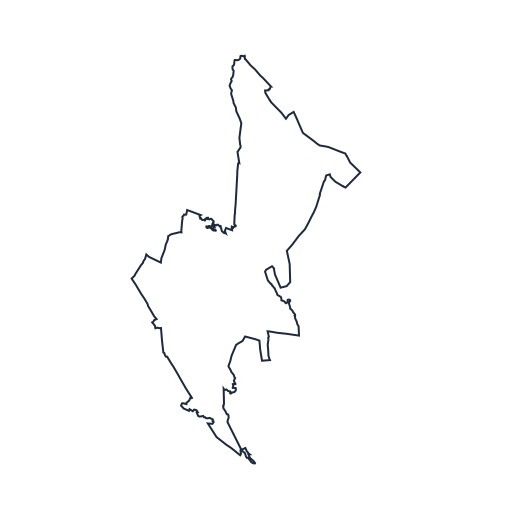 Stoļerovas pag., Rezeknes, Latvia, rotated 66°
{"feature_id": "27541924B84772624476590", "entity_name": "Stoļerovas pag.", "entity_type": "district", "adm_level": 2, "iso_a3": "LVA", "parent_name": "Latvia", "parent_adm1": "Rezeknes", "projection": "equal_earth", "projection_center": [27.572, 56.418], "detail": "fine", "context": "isolated", "style": "outline", "palette": "slate", "viewbox_px": 512, "rotation_deg": 66, "n_neighbors": 0, "source": "geoboundaries", "source_scale": "gbopen_adm2", "svg_char_len": 6101}
<svg xmlns="http://www.w3.org/2000/svg" viewBox="0 0 512 512"><g transform="rotate(66 256 256)"><path d="M222.1,126.7L208.9,132.0L202.1,132.3L201.8,132.3L201.7,132.5L198.7,132.7L195.6,136.0L185.7,145.7L185.7,145.8L184.6,147.3L180.9,152.9L178.0,154.7L174.9,156.2L162.6,163.1L145.1,162.9L139.7,163.0L140.5,168.9L142.8,172.8L135.3,174.6L122.1,179.5L119.7,179.9L119.8,180.0L110.8,181.1L108.5,180.4L109.7,177.2L108.9,176.6L109.2,175.6L107.1,173.6L107.2,173.4L96.5,177.1L92.6,178.8L85.4,180.9L79.7,183.4L71.4,185.7L71.4,185.9L70.0,185.7L69.4,185.1L68.5,184.9L68.4,186.1L67.1,188.0L67.0,188.7L67.2,189.0L69.0,189.9L69.5,190.8L69.8,192.2L69.5,193.7L68.6,194.9L68.3,195.7L68.9,196.3L71.3,197.6L72.4,198.4L72.7,198.8L73.0,200.1L73.2,200.4L75.7,201.4L77.8,201.1L81.5,203.3L82.8,204.4L83.9,206.5L84.6,207.0L86.1,207.0L86.4,207.2L87.7,209.0L89.8,210.9L93.3,211.0L94.5,210.6L95.3,210.9L97.1,212.4L97.9,212.8L104.9,213.6L107.4,214.3L111.9,214.0L115.9,215.1L123.9,215.0L128.7,215.4L141.3,223.1L147.9,225.2L148.7,225.2L149.9,225.6L150.6,226.1L151.0,226.6L151.3,227.5L151.8,228.0L153.4,230.6L164.1,233.4L163.8,233.6L164.1,234.6L170.6,238.4L174.2,240.1L200.3,253.5L205.1,256.2L208.6,257.9L209.8,258.8L218.0,262.9L218.4,262.6L219.2,262.6L219.9,262.2L220.3,262.2L220.5,262.5L220.5,263.1L220.2,264.3L220.5,264.3L220.9,265.2L220.3,265.2L220.2,265.4L220.4,265.6L220.1,265.8L220.0,266.1L219.4,266.3L219.5,266.4L222.7,267.4L218.2,272.0L220.4,274.2L222.8,274.4L221.6,275.0L221.3,275.6L221.9,275.8L221.5,276.2L220.7,276.4L219.6,277.0L218.5,277.0L216.6,276.5L215.2,276.8L214.9,276.6L214.6,276.1L214.3,276.1L213.9,276.6L213.6,277.3L212.0,278.0L211.6,278.8L211.9,279.9L211.8,280.3L211.1,280.6L210.4,281.4L210.2,281.7L211.7,282.5L212.9,282.2L213.0,283.1L214.2,284.1L215.4,283.9L215.6,283.2L215.5,282.4L216.6,282.4L217.2,282.6L215.9,282.7L215.7,283.0L215.7,284.1L215.1,284.7L214.0,285.3L213.0,285.1L212.8,285.6L211.3,286.6L210.9,287.2L210.6,289.2L210.0,289.5L209.0,289.5L208.8,289.3L209.4,288.7L209.4,287.1L209.6,286.5L210.9,284.8L211.1,284.4L211.0,283.7L210.6,283.4L209.7,283.3L209.3,283.1L208.0,281.6L208.3,281.3L207.7,280.8L206.8,280.6L205.8,281.1L204.3,281.5L203.8,281.8L203.5,282.6L203.7,283.4L203.3,284.0L202.7,284.3L201.5,284.3L201.4,284.8L201.2,285.1L201.1,285.5L201.3,285.8L202.0,286.0L201.5,286.6L201.3,287.1L201.7,287.6L202.4,287.7L202.8,288.1L202.8,288.3L201.9,288.8L201.3,290.2L201.0,290.6L198.8,291.0L198.7,291.2L199.3,291.5L199.1,291.8L198.2,291.3L197.3,291.5L196.3,291.3L196.2,291.1L196.1,289.9L186.0,300.2L189.8,302.9L188.9,304.9L189.7,305.6L189.9,306.9L190.5,307.5L191.8,307.7L193.6,309.0L200.8,313.0L202.7,314.0L204.1,314.5L203.5,315.4L203.2,316.2L201.7,324.3L201.7,325.3L202.2,327.9L202.2,328.2L203.8,329.0L205.4,330.3L205.5,330.2L208.9,333.8L213.4,337.1L219.5,343.3L223.3,345.6L213.3,354.1L210.0,355.6L213.5,358.5L215.0,361.0L216.4,362.2L217.6,364.8L223.5,373.7L224.6,374.9L226.0,378.8L233.6,377.5L243.2,376.4L249.6,375.3L255.6,374.6L257.7,374.9L269.9,373.5L273.2,372.5L273.2,375.1L274.3,376.6L274.4,377.8L278.5,376.7L281.1,377.3L281.3,375.4L282.5,373.8L283.2,372.1L294.8,376.2L306.5,379.9L307.3,379.2L309.6,379.5L311.1,379.3L311.7,378.8L311.9,378.1L320.1,377.1L322.5,376.6L333.3,375.4L336.9,375.1L348.5,373.9L360.5,372.1L358.4,373.1L360.9,375.9L361.8,379.1L363.0,379.8L361.2,382.0L360.5,383.4L361.6,384.8L362.3,385.3L365.9,384.1L370.2,380.2L368.9,379.0L372.1,376.9L371.2,374.9L372.4,373.3L373.1,373.0L375.0,372.7L374.8,373.8L378.5,373.9L379.6,373.1L380.3,371.2L380.6,369.3L382.2,369.1L382.8,367.9L384.0,367.5L384.7,365.8L385.0,364.3L387.7,361.9L389.1,362.8L389.7,362.1L390.7,362.5L391.6,364.1L389.4,368.1L405.4,365.7L416.5,359.8L420.7,357.1L423.7,355.5L431.6,351.5L431.1,350.7L430.5,350.2L428.6,349.6L427.7,349.5L427.1,349.1L427.1,348.9L427.8,348.2L431.6,346.3L432.4,346.3L433.2,346.5L435.1,346.7L436.8,346.3L437.0,345.7L437.5,345.2L438.5,345.1L440.1,344.5L441.6,344.4L442.3,344.2L442.9,343.9L444.6,342.4L444.7,341.8L445.0,341.3L444.8,341.1L442.2,341.7L439.0,343.2L437.7,343.6L435.8,343.8L435.2,343.5L434.3,343.6L434.7,342.4L433.8,342.9L430.2,343.9L427.1,343.8L427.1,348.2L396.1,349.6L395.5,349.1L394.8,348.9L392.7,346.8L390.2,345.9L389.3,346.0L388.9,346.5L388.9,346.8L388.1,347.1L385.3,347.1L382.0,347.7L380.7,347.3L380.3,347.4L379.9,347.1L379.8,346.8L379.2,346.6L378.9,346.4L378.9,346.0L377.9,345.3L364.0,339.5L365.0,339.3L365.5,339.0L365.9,338.3L365.8,337.5L366.0,337.2L367.8,336.5L368.9,335.4L369.0,334.8L369.2,334.6L369.6,334.5L370.8,335.4L371.2,335.3L371.4,335.1L371.1,333.0L371.2,332.3L371.5,331.2L370.7,329.3L370.2,329.0L368.6,328.2L368.4,328.3L367.4,330.0L367.2,330.8L366.9,330.9L366.1,330.1L365.0,329.4L363.6,329.3L363.6,329.2L363.8,328.5L364.5,327.3L364.7,327.0L364.6,326.8L363.8,326.8L363.0,327.0L361.0,327.0L359.0,324.7L358.2,325.0L355.5,324.7L351.8,325.7L349.5,325.6L346.7,326.0L345.4,326.0L341.6,322.3L337.2,318.9L329.1,310.3L328.6,307.4L328.2,302.9L325.1,298.7L331.7,290.5L334.7,287.3L343.1,290.2L354.1,293.1L356.8,285.6L354.4,285.5L351.9,285.1L346.8,283.1L342.3,281.6L339.8,280.2L337.4,278.6L335.5,278.1L335.0,277.1L329.5,276.0L330.6,274.1L335.0,267.5L339.5,259.7L346.2,249.1L337.6,245.7L336.1,245.9L334.1,245.9L332.8,245.5L329.4,245.6L328.1,245.4L327.4,245.0L326.2,245.0L326.1,244.4L325.5,244.1L324.9,244.2L322.7,244.9L320.8,245.0L319.1,245.5L318.4,246.1L317.9,246.1L316.2,245.6L312.8,245.2L312.3,245.0L311.9,244.7L310.9,243.0L310.2,242.8L309.5,243.2L309.0,244.2L308.9,244.8L309.2,245.1L310.5,245.6L311.0,246.3L311.5,247.5L311.1,248.0L308.8,248.7L306.8,250.8L305.7,250.3L304.0,249.9L303.0,250.3L300.3,252.2L299.5,252.3L298.4,252.0L296.2,252.2L292.9,252.1L292.0,252.6L290.8,252.7L289.6,253.3L288.9,253.2L288.2,253.5L287.7,253.4L287.2,253.9L283.1,255.1L274.0,254.1L272.7,252.5L271.9,245.5L274.9,244.6L275.6,245.0L280.7,246.2L294.9,246.4L296.0,240.3L293.8,235.4L277.0,228.5L263.8,225.7L260.5,218.5L255.1,208.8L251.5,200.4L247.1,194.7L242.7,189.4L239.5,185.3L235.6,181.0L226.4,172.9L225.6,172.4L225.2,172.5L215.5,163.6L214.9,162.2L211.3,159.4L211.0,159.0L211.4,155.4L214.2,155.7L220.4,153.3L228.0,148.0L227.9,147.9L229.9,146.4L222.1,126.7Z" fill="none" stroke="#1e293b" stroke-width="2"/></g></svg>